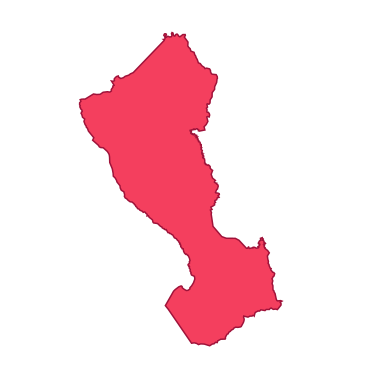 the district of Bugaba, Chiriquí, Panama, rotated 145°
{"feature_id": "35544464B94237037415944", "entity_name": "Bugaba", "entity_type": "district", "adm_level": 2, "iso_a3": "PAN", "parent_name": "Panama", "parent_adm1": "Chiriquí", "projection": "mercator", "projection_center": [-82.702, 8.679], "detail": "fine", "context": "isolated", "style": "filled", "palette": "rose", "viewbox_px": 384, "rotation_deg": 145, "n_neighbors": 0, "source": "geoboundaries", "source_scale": "gbopen_adm2", "svg_char_len": 6087}
<svg xmlns="http://www.w3.org/2000/svg" viewBox="0 0 384 384"><g transform="rotate(145 192 192)"><path d="M180.9,51.0L181.7,52.2L184.2,53.6L184.7,54.4L184.5,55.8L182.2,61.2L182.1,62.9L181.6,64.2L181.8,65.4L179.5,68.8L178.9,71.1L176.8,72.9L176.1,75.2L175.0,75.5L174.2,76.1L173.1,76.1L171.1,77.7L171.2,79.2L171.9,80.0L172.1,83.2L171.1,83.9L171.6,84.6L171.1,87.3L170.5,88.6L170.6,89.8L169.2,91.3L168.4,93.6L166.9,96.4L163.6,97.8L163.6,100.6L164.6,104.1L164.0,104.6L164.4,105.2L164.2,105.9L163.2,106.8L163.5,107.5L162.9,107.4L162.4,108.1L161.8,107.6L161.3,107.7L161.5,108.9L162.1,108.6L162.3,108.9L161.6,109.6L161.2,111.3L161.9,112.1L160.9,112.5L161.2,113.0L160.7,113.2L161.0,113.9L160.7,114.3L162.5,114.8L163.5,113.0L164.8,113.2L167.0,112.1L167.2,111.5L166.4,110.6L166.5,110.2L167.1,110.1L167.4,109.4L169.3,109.4L169.1,108.4L169.5,108.2L171.6,109.1L172.4,110.8L174.0,111.2L173.8,111.7L174.7,111.7L177.2,112.7L177.5,113.2L177.1,114.2L177.3,114.6L178.8,114.1L179.7,114.7L181.2,125.5L183.1,129.2L190.5,134.5L193.2,138.4L194.5,151.8L188.9,163.0L187.9,163.8L187.3,166.6L185.6,166.2L185.4,168.5L184.9,168.9L183.5,168.5L180.8,168.5L180.2,169.9L178.7,170.0L178.7,171.3L178.1,171.9L176.3,171.5L174.5,172.8L172.9,172.1L172.8,174.0L171.1,174.2L170.7,175.0L171.3,176.1L173.0,177.7L173.0,178.2L170.3,179.9L169.5,179.8L167.1,181.8L166.7,183.4L167.2,184.4L166.7,185.1L167.4,185.5L168.0,187.2L167.1,188.0L166.2,188.1L167.2,191.5L166.7,193.6L166.1,195.5L162.7,197.9L163.3,199.4L163.4,201.1L162.5,202.5L162.7,204.0L163.1,204.2L163.0,204.7L164.1,205.1L164.2,206.2L164.9,206.4L165.1,207.1L164.7,207.4L164.6,208.3L165.0,208.6L163.8,210.0L162.8,211.9L163.4,213.2L162.5,213.8L163.1,214.2L161.9,215.0L162.3,215.5L161.8,215.7L162.0,216.9L161.3,216.9L161.8,217.4L161.7,218.1L161.1,218.1L161.3,218.8L159.7,220.1L160.1,221.7L159.6,222.1L159.3,222.9L158.8,222.8L159.0,223.4L158.5,223.7L157.3,225.5L158.0,225.8L156.9,228.1L157.7,229.4L157.1,229.7L157.4,230.2L157.0,231.1L157.4,231.7L156.7,232.2L157.0,232.7L156.5,233.2L156.8,233.9L156.4,234.0L157.1,234.3L156.4,234.6L156.5,234.9L156.1,235.1L156.5,235.5L156.1,235.8L156.8,236.1L156.2,236.4L157.1,237.7L156.7,238.2L157.3,238.5L158.2,238.2L158.5,239.1L158.0,239.1L158.0,239.5L159.1,239.9L159.3,240.9L158.6,241.8L158.4,243.3L157.8,244.1L158.0,243.3L157.3,243.2L157.4,242.4L156.8,243.1L155.3,242.3L154.9,242.7L154.1,242.4L154.1,241.7L153.4,241.3L152.1,241.3L151.3,240.5L151.5,240.1L150.9,239.0L151.6,238.5L151.1,237.7L145.9,235.4L144.7,238.5L141.7,239.1L138.5,240.7L136.9,245.0L135.9,244.9L134.9,243.6L133.4,244.9L132.9,246.2L132.9,247.9L133.8,248.6L133.7,249.4L132.5,250.7L132.1,252.4L130.6,252.6L129.5,255.3L128.9,255.5L127.8,254.2L126.2,254.6L124.2,257.1L121.0,258.4L118.5,261.8L114.6,263.1L113.1,265.2L109.0,267.6L106.7,270.2L106.0,270.5L105.1,272.1L104.9,274.3L107.9,276.9L108.2,277.8L108.0,279.5L107.1,281.1L107.0,282.8L109.0,285.1L110.6,285.7L110.5,287.1L111.5,289.7L111.6,292.5L112.7,294.1L111.7,297.6L111.5,300.1L111.0,301.1L111.0,302.9L110.2,305.2L112.1,308.1L111.3,310.5L111.7,312.2L111.7,314.0L109.3,317.1L109.4,323.3L107.7,324.0L107.3,324.9L109.2,326.2L112.9,326.1L113.5,327.3L113.4,329.1L113.7,330.0L114.9,330.3L116.3,329.6L117.1,329.9L117.2,330.7L116.4,333.3L116.9,334.1L118.0,333.5L118.6,331.7L119.8,331.1L121.3,331.7L122.4,333.4L124.4,333.5L124.7,334.1L124.4,334.9L123.0,335.3L122.5,336.0L122.8,336.7L123.8,337.3L125.2,336.6L125.2,334.9L125.9,333.3L126.9,332.8L127.8,333.3L127.5,332.5L127.9,332.1L171.7,323.5L174.6,324.1L176.8,324.0L180.3,325.1L182.7,325.0L184.9,325.7L185.6,326.2L185.6,327.0L186.3,328.2L185.8,329.3L187.1,329.8L188.9,329.8L190.9,329.2L191.7,327.7L193.2,328.0L194.3,329.1L194.6,324.1L196.1,324.2L196.7,323.2L199.3,322.3L200.1,321.0L202.1,321.0L203.7,322.6L207.6,324.7L211.2,324.7L214.1,326.5L216.5,328.8L226.2,329.4L228.9,331.2L230.6,331.8L231.0,330.0L232.9,329.5L234.1,327.8L234.0,326.9L235.1,326.0L235.0,325.1L235.5,324.1L235.2,322.6L235.6,321.1L236.0,320.8L236.7,320.9L237.8,320.0L237.8,318.8L238.8,316.0L238.0,313.4L240.0,311.8L240.9,308.5L240.8,307.1L241.4,305.6L241.1,304.2L241.9,301.3L241.3,292.8L243.7,291.4L241.9,284.0L242.0,282.1L241.4,280.9L239.3,279.1L238.1,273.7L238.2,271.5L238.4,270.1L239.5,267.9L242.5,263.3L244.0,256.7L245.9,252.5L247.4,250.1L246.9,247.6L247.1,245.1L247.7,243.2L247.4,238.5L248.5,236.4L248.9,234.0L247.7,231.3L248.8,228.3L249.9,227.2L250.1,225.4L249.4,224.0L249.1,221.8L248.3,219.5L246.9,218.2L246.1,215.5L246.4,214.7L245.9,213.7L246.3,212.4L245.9,211.1L246.1,209.6L245.2,208.4L245.1,206.9L243.8,204.8L243.6,203.3L242.3,202.9L241.9,202.0L242.0,201.0L241.5,199.4L242.6,198.2L241.3,197.6L241.6,195.9L240.4,191.9L241.3,189.5L241.2,188.7L238.3,185.9L237.5,181.9L236.7,180.6L237.0,179.9L236.4,178.3L235.8,177.9L235.9,177.3L235.5,176.3L234.7,176.0L235.0,172.5L234.1,171.7L234.0,170.7L233.4,170.3L233.0,168.8L232.4,167.9L232.7,164.6L231.6,162.7L231.6,160.5L231.1,159.5L231.5,158.4L231.2,157.2L231.9,156.6L231.5,156.0L231.9,155.5L231.7,154.8L232.6,153.7L232.4,152.0L232.6,151.1L231.8,150.6L232.9,148.2L233.2,146.3L232.9,144.5L232.1,144.2L232.0,142.8L231.6,142.5L232.0,139.5L233.0,136.9L234.1,136.5L234.9,135.1L236.7,134.9L237.1,134.5L237.3,132.8L236.8,132.8L236.9,132.2L237.9,131.1L237.8,129.6L238.9,128.4L239.0,126.6L239.6,126.0L240.0,124.3L238.4,121.5L239.6,119.1L242.8,116.8L246.2,115.3L248.6,114.8L249.3,113.8L251.6,113.7L253.2,114.6L254.3,117.0L254.9,119.2L254.3,120.3L254.8,121.3L257.2,121.9L261.8,121.7L264.0,121.3L279.0,114.2L278.7,109.6L279.1,68.4L276.6,67.1L275.0,65.2L274.2,63.3L272.0,62.6L269.2,60.4L265.7,55.9L262.5,55.8L261.0,55.0L259.0,55.4L257.7,54.2L256.3,55.3L252.9,54.9L249.2,52.5L248.6,52.8L247.9,53.9L244.9,55.4L243.7,55.1L242.3,56.0L240.6,55.9L238.9,56.3L237.1,56.0L235.5,56.5L233.7,56.2L232.1,54.8L229.5,53.6L228.8,53.6L224.8,55.6L223.3,56.7L222.2,57.9L221.5,60.0L220.8,60.7L217.9,57.4L215.8,57.1L213.9,55.9L212.9,56.0L212.3,55.4L212.2,54.7L210.0,56.6L209.1,57.0L206.3,56.7L204.9,55.7L203.2,56.0L200.2,53.0L198.6,53.2L196.0,51.4L194.6,51.8L193.7,51.5L192.8,49.3L190.6,48.1L189.5,46.7L184.0,48.3L183.1,49.4L183.0,51.1L180.9,51.0Z" fill="#f43f5e" stroke="#9f1239" stroke-width="1.5"/></g></svg>